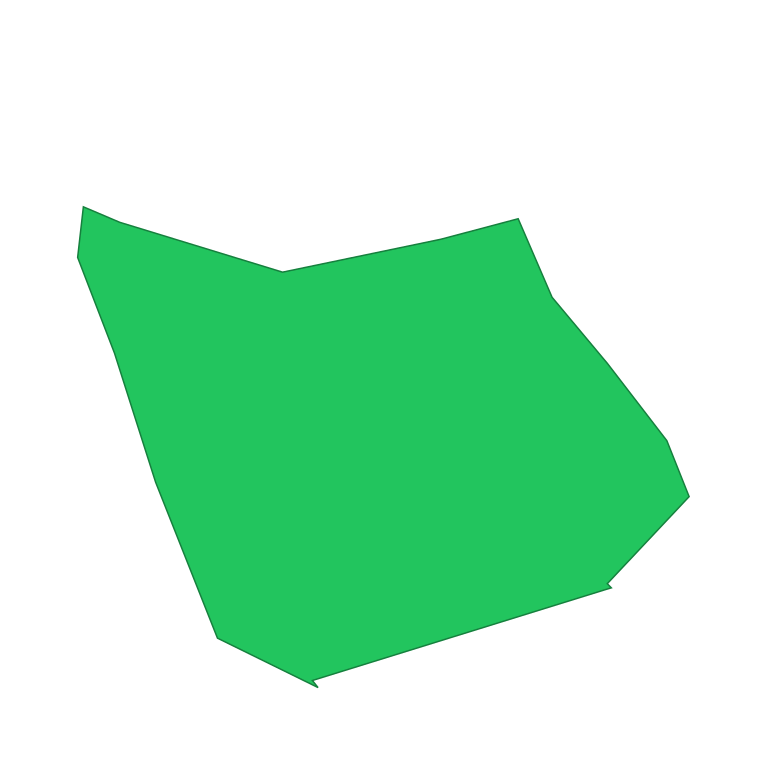 67, Ad Dawhah, Qatar (Robinson projection), rotated 160°
{"feature_id": "91078587B3591736578448", "entity_name": "67", "entity_type": "district", "adm_level": 2, "iso_a3": "QAT", "parent_name": "Qatar", "parent_adm1": "Ad Dawhah", "projection": "robinson", "projection_center": [51.491, 25.342], "detail": "fine", "context": "isolated", "style": "filled", "palette": "green", "viewbox_px": 768, "rotation_deg": 160, "n_neighbors": 0, "source": "geoboundaries", "source_scale": "gbopen_adm2", "svg_char_len": 399}
<svg xmlns="http://www.w3.org/2000/svg" viewBox="0 0 768 768"><g transform="rotate(160 384 384)"><path d="M240.1,114.7L242.5,120.0L135.8,173.8L137.6,234.0L167.0,326.8L196.4,408.0L201.4,493.4L281.2,500.6L441.1,523.8L577.0,626.3L605.9,653.3L628.6,607.7L626.7,505.2L632.2,369.8L627.4,202.1L549.8,121.3L552.7,129.9L247.2,115.1L240.1,114.7Z" fill="#22c55e" stroke="#15803d" stroke-width="1.5"/></g></svg>